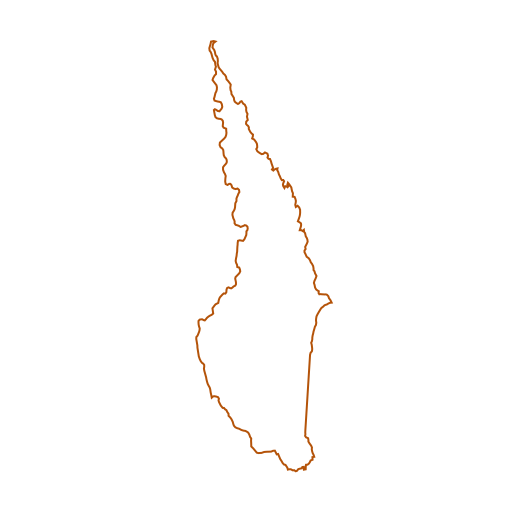 Bandeirantes do Tocantins, Tocantins, Brazil (Equal Earth projection), rotated 173°
{"feature_id": "56859067B76010541703685", "entity_name": "Bandeirantes do Tocantins", "entity_type": "district", "adm_level": 2, "iso_a3": "BRA", "parent_name": "Brazil", "parent_adm1": "Tocantins", "projection": "equal_earth", "projection_center": [-48.669, -7.991], "detail": "fine", "context": "isolated", "style": "outline", "palette": "amber", "viewbox_px": 512, "rotation_deg": 173, "n_neighbors": 0, "source": "geoboundaries", "source_scale": "gbopen_adm2", "svg_char_len": 6092}
<svg xmlns="http://www.w3.org/2000/svg" viewBox="0 0 512 512"><g transform="rotate(173 256 256)"><path d="M186.6,200.5L187.5,203.1L188.7,205.2L189.1,207.3L190.3,208.9L191.4,209.4L192.8,209.5L194.2,209.8L195.4,210.0L196.5,210.3L197.8,210.3L198.4,211.6L198.0,213.4L199.2,214.3L200.4,215.5L201.2,217.5L201.4,220.2L201.8,222.2L201.0,224.2L199.6,226.4L198.4,228.8L199.5,231.6L199.8,233.7L200.6,235.0L200.4,236.8L200.5,239.0L201.4,241.4L202.4,243.1L202.9,245.2L203.9,247.3L205.8,249.1L206.7,252.0L207.4,253.9L207.2,255.5L205.9,256.9L206.1,259.0L204.0,262.1L203.0,263.9L203.0,266.0L203.4,267.7L204.2,269.4L204.5,272.7L205.3,274.0L205.3,276.1L206.7,275.1L207.8,276.1L209.4,276.3L208.6,278.1L207.8,279.9L207.4,281.4L207.4,282.9L208.7,284.2L210.2,285.3L208.3,289.1L207.7,290.5L207.2,292.2L206.9,293.7L206.6,296.5L207.2,298.9L208.6,300.8L210.5,299.8L210.8,302.0L210.1,304.1L209.7,305.8L209.9,307.7L210.5,310.0L212.3,310.4L211.7,313.8L212.3,315.9L212.5,318.2L212.6,319.8L214.3,323.1L215.4,324.8L216.2,322.9L215.2,321.5L216.3,320.4L217.2,321.3L218.5,321.7L219.5,320.0L220.4,321.9L220.6,323.4L220.1,324.9L219.0,326.8L219.7,328.1L221.1,328.1L222.0,330.0L222.6,332.3L223.3,334.2L223.7,336.7L224.5,338.7L224.0,340.3L225.7,340.1L227.1,339.6L228.4,338.7L229.6,339.9L228.3,341.4L229.3,346.0L229.6,348.1L230.3,350.6L231.7,350.9L232.6,352.3L231.8,354.1L232.2,356.2L234.5,357.7L236.3,356.5L237.9,356.4L239.3,357.4L240.8,358.7L241.9,359.8L242.7,362.1L241.6,363.5L241.4,365.0L241.4,367.2L242.0,368.9L242.7,370.2L243.7,371.9L245.5,373.1L244.6,375.0L244.2,376.9L245.4,378.1L246.5,379.8L247.7,383.0L247.4,384.6L248.0,386.1L249.0,387.1L249.8,388.4L249.3,390.6L247.6,392.0L248.0,395.4L247.1,398.1L247.9,400.2L248.0,402.2L247.6,404.4L248.7,407.6L250.1,408.7L251.4,411.4L252.7,411.1L254.0,409.7L255.4,409.1L257.0,410.4L258.3,411.8L258.7,413.5L258.7,415.7L259.7,417.9L260.6,419.7L260.5,422.2L261.0,423.6L261.0,426.3L260.2,429.2L260.8,430.4L262.5,433.3L263.7,434.9L263.9,437.7L264.8,439.6L266.2,441.1L267.1,443.0L269.4,446.5L270.1,448.0L270.5,450.8L270.6,452.3L270.1,454.1L270.0,456.6L270.5,458.9L271.4,459.8L271.8,461.4L271.9,463.4L272.3,465.4L273.8,468.3L273.1,470.8L272.4,472.4L270.1,473.8L271.8,474.5L274.5,474.3L275.3,471.9L277.0,468.0L277.0,465.5L276.2,464.2L275.6,462.3L275.2,459.4L274.9,457.7L274.1,455.2L273.1,453.9L273.0,450.4L272.7,448.8L274.0,446.0L273.2,443.9L273.5,441.4L275.1,440.2L276.8,437.9L277.7,436.0L276.7,434.2L274.4,430.3L274.2,428.2L274.6,426.0L275.4,424.1L276.4,422.7L277.8,418.9L278.6,417.2L278.2,415.3L276.7,414.6L274.9,413.9L273.5,413.5L272.2,412.9L271.4,410.8L271.3,408.1L272.2,406.4L273.5,405.2L274.6,404.1L276.3,404.6L277.7,405.9L279.0,406.7L280.0,406.0L279.7,400.7L279.3,398.8L278.1,397.5L276.4,396.8L274.7,396.4L273.5,395.8L272.5,394.3L272.4,392.4L273.2,388.9L272.5,387.3L270.1,386.0L270.3,383.6L270.3,381.9L270.8,379.9L271.7,378.0L273.2,376.5L274.6,375.5L278.0,373.0L278.6,370.6L277.9,368.2L276.4,366.9L275.6,365.2L275.6,363.5L275.7,361.9L275.7,359.9L275.0,357.9L273.8,356.4L273.4,354.8L273.5,352.9L274.2,351.6L275.4,350.5L276.7,349.4L277.9,348.1L278.2,345.6L277.6,343.0L276.8,341.2L276.3,339.1L276.8,337.3L277.2,335.4L277.5,333.5L277.3,331.1L275.6,330.0L273.8,330.9L272.6,330.7L271.7,329.3L271.3,326.9L269.8,325.6L268.0,324.9L266.1,325.2L264.8,323.7L264.7,321.5L265.9,320.0L266.8,318.2L267.7,316.8L268.4,315.4L268.7,312.9L270.1,310.9L270.9,306.8L271.6,304.9L272.7,303.3L273.9,301.9L274.4,299.7L273.9,296.0L273.3,294.5L273.0,292.9L273.3,291.1L272.4,289.4L270.9,288.8L269.3,288.0L267.7,286.7L264.5,287.5L263.4,288.0L261.9,287.4L260.9,286.1L260.9,284.2L261.5,282.6L262.5,281.7L262.7,280.0L263.1,278.0L265.5,274.0L267.0,272.6L268.7,273.1L270.2,273.6L272.0,273.3L272.6,271.2L272.9,269.3L273.3,267.7L273.6,266.1L274.2,262.5L274.7,261.0L275.3,258.4L276.1,256.1L276.8,253.6L276.6,251.7L275.9,249.6L275.9,247.3L274.1,246.6L273.6,244.7L273.5,242.7L274.7,240.9L278.9,237.5L279.4,236.0L279.1,232.5L279.3,230.4L280.2,229.1L282.0,228.5L283.3,227.5L284.6,226.9L285.8,227.4L287.1,228.2L288.5,227.8L289.3,226.4L289.9,223.6L291.0,222.4L292.5,222.8L293.9,221.9L296.7,219.5L297.5,218.4L298.4,216.5L299.2,214.0L302.0,213.0L303.2,211.9L305.6,209.4L305.5,204.1L307.2,203.0L309.0,202.4L310.5,201.7L312.1,200.7L313.4,199.4L314.7,198.3L315.9,198.8L317.0,199.7L318.1,199.8L319.7,199.7L321.0,198.5L321.2,196.8L321.3,194.9L321.1,192.9L320.7,191.0L321.1,189.2L321.7,187.7L323.7,184.1L325.1,182.8L325.4,180.9L325.1,174.4L325.3,172.2L325.1,166.0L325.0,163.3L324.4,160.5L323.6,158.2L322.6,156.5L321.5,155.6L320.7,154.2L320.9,152.3L321.4,150.6L321.3,148.4L320.3,141.7L320.2,139.6L319.9,137.1L319.5,134.9L318.8,133.0L318.0,131.1L317.7,129.3L317.6,125.8L317.4,123.8L317.2,120.8L315.6,121.9L314.4,121.9L312.5,121.3L310.9,120.5L310.2,118.9L310.8,117.2L310.5,115.5L309.2,111.9L307.6,109.3L306.3,109.1L305.3,107.5L304.2,106.7L303.5,104.6L302.5,102.8L302.7,100.7L301.2,98.8L300.2,96.9L299.3,94.2L299.0,92.0L298.6,90.3L297.4,88.5L295.7,87.4L293.8,86.6L291.7,85.1L289.7,84.2L287.9,83.7L286.7,82.9L285.3,81.7L284.4,79.6L283.9,77.1L283.0,75.5L283.4,73.3L283.6,70.6L283.9,67.5L282.2,65.4L279.2,60.7L277.7,60.1L274.5,59.9L271.8,60.5L269.4,60.4L264.8,60.0L262.8,60.6L261.0,60.5L259.6,56.6L258.2,56.8L256.7,51.5L255.6,49.3L254.7,47.1L253.5,45.5L252.2,45.1L250.7,42.1L250.4,40.1L249.1,40.3L247.5,40.1L245.5,38.7L244.3,38.8L242.8,37.5L241.5,37.8L240.0,39.3L238.1,39.6L236.5,39.7L235.7,40.9L234.4,40.9L234.5,38.1L232.7,38.2L232.3,40.9L231.8,42.7L230.3,42.6L228.8,43.5L227.7,44.8L226.7,46.4L224.7,46.9L224.5,49.5L222.7,49.6L223.1,51.7L223.8,53.6L224.1,55.5L224.2,57.4L223.8,59.1L224.4,61.1L225.7,63.4L226.6,65.4L226.4,66.9L226.5,68.8L228.4,69.9L229.2,71.5L228.7,73.0L228.6,74.9L228.2,77.3L214.4,151.3L213.6,153.3L212.2,154.5L211.7,156.0L211.5,157.5L211.5,159.1L211.5,161.1L211.8,163.1L210.9,164.6L210.3,166.4L210.0,168.4L209.4,170.4L208.7,172.1L208.1,174.0L207.4,175.6L206.1,178.7L205.0,180.1L204.3,182.3L204.3,184.8L203.9,186.7L203.3,188.7L202.0,190.7L200.5,192.7L199.0,194.6L197.8,196.1L196.7,196.9L195.4,197.6L194.2,198.6L193.1,199.0L191.7,199.2L190.0,200.0L188.4,200.5L186.6,200.5Z" fill="none" stroke="#b45309" stroke-width="2"/></g></svg>